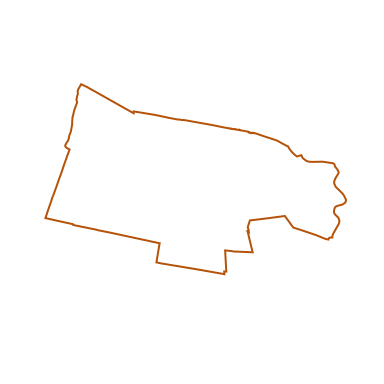 outline of Ivesti, Galati, Romania, rotated 205°
{"feature_id": "2599482B90967632450026", "entity_name": "Ivesti", "entity_type": "district", "adm_level": 2, "iso_a3": "ROU", "parent_name": "Romania", "parent_adm1": "Galati", "projection": "natural_earth1", "projection_center": [27.541, 45.68], "detail": "fine", "context": "isolated", "style": "outline", "palette": "amber", "viewbox_px": 384, "rotation_deg": 205, "n_neighbors": 0, "source": "geoboundaries", "source_scale": "gbopen_adm2", "svg_char_len": 3106}
<svg xmlns="http://www.w3.org/2000/svg" viewBox="0 0 384 384"><g transform="rotate(205 192 192)"><path d="M108.4,271.6L110.2,270.1L111.9,268.6L114.2,269.0L116.0,269.6L117.3,270.1L118.7,270.6L121.6,272.1L122.3,272.5L123.0,272.9L123.9,273.7L124.4,274.0L125.2,273.8L130.4,274.1L132.1,274.2L136.3,274.6L136.9,274.5L137.3,274.5L140.6,274.1L142.6,273.9L147.3,273.3L152.3,272.7L156.5,272.3L158.8,272.0L161.1,271.7L161.3,271.2L162.5,271.2L162.7,270.7L163.1,270.7L163.6,270.4L163.6,270.2L163.8,270.2L165.5,269.9L165.6,270.5L166.0,270.4L166.3,270.4L166.7,270.3L170.7,269.4L173.1,268.7L173.3,268.6L173.7,268.5L174.1,268.4L174.3,268.4L174.5,268.3L175.1,268.1L175.2,268.5L175.8,268.4L175.8,268.0L178.5,267.2L178.6,267.4L179.5,267.2L179.4,267.0L181.0,266.5L182.2,266.2L182.3,266.2L182.8,266.1L182.7,265.9L184.6,265.4L184.7,265.6L186.5,265.0L191.3,263.8L191.6,263.7L194.0,263.1L197.1,262.4L202.0,261.2L226.5,254.7L227.8,254.4L230.9,253.4L231.4,253.0L231.6,252.9L234.3,252.3L235.1,251.8L237.7,251.1L244.8,249.3L257.5,246.4L278.9,240.4L278.2,238.7L331.8,242.8L338.0,242.8L338.5,237.0L338.4,236.0L338.2,235.0L336.9,232.7L336.6,230.2L335.7,226.8L334.0,224.7L333.9,222.9L333.7,221.1L333.6,220.3L333.5,218.5L333.5,218.4L333.3,216.6L333.1,215.6L333.1,215.4L332.8,214.1L332.3,211.9L332.0,210.4L332.0,209.5L331.4,208.0L330.9,206.6L330.7,206.0L330.1,204.7L329.6,203.6L329.5,203.4L329.2,202.4L328.9,201.5L328.7,200.9L328.4,199.6L328.0,198.2L327.6,196.4L327.2,194.9L327.2,192.9L327.1,191.7L327.0,190.8L326.6,189.4L326.3,188.8L326.2,187.2L326.1,186.2L326.2,184.9L326.5,183.7L326.6,180.9L326.5,180.5L326.0,179.9L326.0,179.7L324.6,179.1L323.0,178.9L320.9,178.8L320.6,175.4L320.5,173.5L320.3,171.3L320.0,168.6L319.6,163.8L318.5,154.4L318.0,147.8L317.2,140.5L316.7,134.6L316.3,130.1L316.2,127.2L316.1,126.7L316.0,126.2L315.9,125.3L315.7,124.2L315.5,122.0L315.1,117.8L314.6,113.1L314.1,109.1L313.8,106.4L311.7,106.9L302.8,108.8L296.2,110.3L286.3,112.5L286.0,112.4L285.9,112.2L285.7,111.9L262.0,117.6L261.2,117.6L250.7,120.2L199.9,131.8L199.7,131.9L194.5,113.2L189.6,114.3L154.1,124.2L130.7,130.5L127.9,131.2L129.2,133.6L127.3,134.4L137.3,153.1L136.9,153.3L133.2,154.4L132.7,154.7L128.2,156.0L126.0,157.0L118.5,160.1L112.0,162.8L111.6,163.0L123.5,178.0L124.2,178.8L124.3,179.0L123.3,179.3L124.4,180.9L125.0,180.7L124.6,181.5L126.6,183.6L127.5,190.7L111.6,200.6L97.7,209.5L88.3,204.3L85.9,203.0L85.3,202.6L84.3,202.7L75.4,203.8L61.0,205.4L56.0,205.6L51.0,205.9L49.8,206.2L49.7,206.2L48.3,206.6L48.4,206.9L48.4,207.2L48.4,207.6L48.3,208.1L48.0,208.7L46.9,209.4L45.6,210.0L45.9,210.6L46.1,211.2L46.4,213.5L46.1,217.7L45.9,220.4L45.6,224.1L45.5,224.9L45.5,225.2L45.7,226.7L46.4,228.5L48.5,230.6L51.8,231.7L53.4,232.4L54.7,233.5L55.5,235.4L55.9,237.8L55.7,239.3L54.1,241.1L50.5,244.1L48.9,246.5L48.6,248.1L49.0,249.9L52.1,252.5L54.6,254.1L63.9,257.4L66.8,259.9L67.6,261.7L67.8,264.6L67.6,266.9L67.2,270.0L67.2,271.3L68.4,272.9L70.2,274.1L73.2,275.6L74.2,276.9L75.1,277.5L76.6,277.6L79.6,276.7L86.6,274.6L94.5,270.7L98.1,269.1L101.1,268.5L105.6,269.4L106.2,269.7L106.7,270.0L108.4,271.6Z" fill="none" stroke="#b45309" stroke-width="2"/></g></svg>